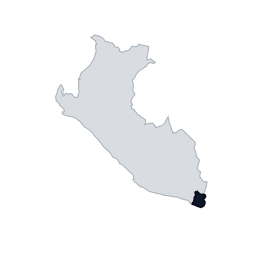 where Tacna sits in Peru, rotated 341°
{"feature_id": "PER-575", "entity_name": "Tacna", "entity_type": "Department", "adm_level": 1, "iso_a3": "PER", "parent_name": "Peru", "parent_adm1": "", "projection": "natural_earth1", "projection_center": [-70.312, -17.577], "detail": "fine", "context": "in_parent", "style": "filled", "palette": "ink", "viewbox_px": 256, "rotation_deg": 341, "n_neighbors": 0, "source": "natural_earth", "source_scale": "10m", "svg_char_len": 5200}
<svg xmlns="http://www.w3.org/2000/svg" viewBox="0 0 256 256"><g transform="rotate(341 128 128)"><path d="M175.0,74.4L175.0,75.1L174.2,75.4L173.5,74.9L172.5,75.1L171.0,73.5L167.3,73.7L165.7,75.6L163.2,76.0L160.6,76.9L157.5,77.3L152.8,80.3L151.7,81.6L149.6,83.4L147.8,84.0L147.0,89.5L145.3,92.7L144.6,94.5L145.5,97.1L145.5,98.4L144.6,99.5L143.8,99.6L142.2,100.7L139.8,103.2L139.3,105.1L140.1,107.5L139.8,107.8L137.8,108.3L137.9,109.7L137.5,110.2L139.2,112.2L140.1,112.7L140.2,113.2L140.0,113.7L139.6,113.9L139.6,114.3L140.8,115.8L141.7,118.7L143.5,120.2L143.5,121.1L144.0,122.1L145.0,122.8L147.1,125.7L147.1,127.1L144.9,130.2L148.6,130.2L152.6,131.3L153.2,131.8L153.7,133.2L153.7,134.2L154.5,134.9L154.5,136.6L159.8,136.7L163.2,136.2L168.8,131.0L169.7,130.5L169.2,131.7L169.1,132.5L169.4,133.4L168.8,134.7L168.8,147.5L169.8,146.8L171.1,148.0L172.0,148.1L175.1,146.6L178.6,146.9L186.9,163.6L186.2,164.8L186.2,165.6L185.2,166.4L184.2,167.7L184.1,174.4L183.3,176.4L183.7,177.5L184.2,179.6L184.9,180.8L185.1,181.7L185.0,182.0L183.9,182.7L183.8,183.9L181.8,186.3L181.4,187.9L180.6,188.4L180.5,190.2L182.3,193.2L181.1,195.0L180.0,197.6L181.9,203.1L182.7,203.9L183.5,203.8L184.7,204.3L185.3,205.1L183.8,206.2L183.6,206.6L183.7,208.4L182.0,209.8L179.9,213.2L179.3,213.4L178.1,214.5L177.9,215.0L178.1,215.5L179.1,216.5L179.2,217.8L177.6,219.3L176.5,219.5L176.0,219.9L176.5,222.0L176.5,223.0L176.2,224.1L175.4,225.3L173.0,226.6L170.8,226.9L167.2,223.7L166.0,222.4L162.4,219.7L161.8,216.9L160.6,215.5L158.4,214.4L156.6,213.0L155.3,212.3L152.0,209.1L149.0,208.1L143.4,204.8L140.4,203.6L136.5,200.5L134.4,199.7L132.7,198.2L127.6,195.1L126.8,194.1L126.0,192.6L124.9,191.7L123.6,189.6L121.7,188.3L119.9,186.7L117.7,182.3L116.6,181.3L116.5,179.3L115.8,178.3L116.9,177.7L117.5,174.6L117.2,173.0L114.6,168.8L114.0,167.1L112.2,163.9L111.5,162.0L109.9,160.6L109.3,159.4L108.5,158.9L108.4,157.4L107.8,154.6L107.0,153.2L104.0,150.5L103.6,147.6L103.0,145.6L98.7,137.6L96.3,129.8L94.2,125.5L93.4,123.0L93.3,121.7L91.8,119.4L90.9,117.3L87.5,113.2L85.5,108.7L85.3,107.4L83.9,104.9L81.7,101.7L80.6,100.4L74.1,96.5L71.0,94.0L70.6,92.8L70.8,92.1L71.5,91.4L72.4,91.9L73.0,91.7L73.4,90.8L73.4,89.5L72.8,87.8L70.7,84.4L71.3,82.9L69.1,79.1L69.6,75.3L70.1,74.4L73.2,70.6L74.1,68.9L75.5,67.9L76.8,66.4L78.5,65.2L79.0,65.6L79.5,67.7L79.4,69.0L79.9,70.5L78.7,71.9L77.5,71.6L77.0,71.9L76.8,72.6L77.0,73.6L77.3,74.1L78.3,74.1L77.0,76.1L77.1,76.5L78.0,76.8L78.8,76.3L79.7,75.2L80.3,75.0L83.5,77.0L84.9,76.7L86.1,77.7L86.2,79.1L87.8,81.8L90.2,82.5L90.6,82.3L91.1,81.3L91.7,81.1L91.8,79.5L93.8,77.9L94.1,76.8L93.8,76.0L93.9,75.4L95.1,71.7L95.4,71.3L95.8,70.1L96.3,69.4L97.0,65.3L97.5,65.4L98.1,66.3L98.7,66.1L98.4,65.2L98.5,64.8L100.7,61.6L101.5,60.9L112.5,56.3L118.0,51.7L122.8,45.2L124.3,38.7L124.9,39.1L125.8,39.0L125.5,36.3L125.7,35.1L125.7,34.7L124.1,33.1L123.5,31.4L122.2,30.4L122.3,30.0L123.7,30.4L124.9,30.2L126.0,29.1L126.8,29.2L128.6,30.7L130.0,30.8L130.4,31.9L131.7,32.7L133.5,35.0L134.4,37.4L134.3,37.9L135.1,39.2L136.9,39.8L138.7,41.6L140.6,42.2L141.4,43.8L141.9,44.3L142.1,45.3L141.9,46.4L142.1,47.0L143.5,47.9L144.7,48.0L144.9,48.4L145.6,51.1L145.1,52.5L145.3,53.3L146.9,53.9L147.3,54.5L148.5,54.6L150.3,54.1L152.4,54.9L154.0,54.6L154.8,54.4L155.6,53.8L156.2,53.8L157.9,52.1L158.4,51.9L160.2,52.7L161.7,53.9L163.6,53.6L164.3,52.9L165.7,52.5L168.1,54.0L168.7,54.6L169.4,54.8L172.0,56.2L172.4,56.8L173.8,57.4L174.1,57.8L174.0,58.4L167.9,69.5L169.8,70.4L171.6,69.8L172.5,70.6L173.2,72.4L174.6,73.6L175.0,74.4Z" fill="#d9dde1" stroke="#a8b0b8" stroke-width="1"/><path d="M179.2,217.8L178.0,219.1L177.6,219.4L177.2,219.5L176.7,219.4L176.4,219.4L176.1,219.8L176.0,220.2L176.1,220.6L176.3,221.0L176.3,221.4L176.4,221.7L176.4,221.9L176.6,222.3L176.7,222.5L176.7,222.9L176.1,224.3L175.9,224.7L175.7,224.9L175.4,225.2L175.0,225.8L174.8,226.0L174.6,226.1L174.3,226.1L174.1,226.2L173.4,226.6L173.2,226.6L172.7,226.7L171.8,226.6L171.3,226.6L171.1,226.8L170.8,226.5L170.4,226.2L169.8,225.8L169.5,225.5L169.2,225.3L168.9,225.1L168.4,224.9L167.9,224.4L167.9,224.2L167.7,224.1L167.1,223.5L166.9,223.4L166.6,223.3L166.5,223.2L166.4,222.8L166.3,222.5L166.2,222.4L165.6,222.0L165.4,221.9L164.9,221.7L164.7,221.7L164.2,221.2L163.9,220.9L164.0,220.7L164.1,220.4L164.2,220.2L164.3,220.1L164.7,219.8L165.0,219.5L165.8,219.2L166.0,219.1L166.3,218.9L166.4,218.3L166.5,218.2L167.0,217.7L167.2,217.3L167.3,217.1L167.3,216.9L167.4,216.4L167.8,215.8L168.0,215.5L168.1,215.3L168.2,215.1L168.4,214.9L168.5,214.8L168.7,214.7L169.2,214.5L169.9,213.5L170.2,213.1L170.3,212.9L170.3,212.7L170.2,212.3L170.2,212.2L170.2,211.8L170.2,211.6L170.3,211.3L170.4,211.2L170.4,210.9L170.5,210.8L170.7,210.5L170.9,210.3L171.1,210.3L171.4,210.3L171.6,210.5L171.8,210.7L172.0,211.3L172.2,211.5L172.3,211.6L172.5,211.6L172.8,211.4L173.0,210.9L173.2,211.4L173.8,212.4L174.3,213.5L174.5,213.8L174.8,213.9L175.0,214.1L175.3,214.4L175.5,214.6L175.8,214.7L176.1,214.9L176.2,215.0L176.3,215.0L176.4,214.9L176.5,214.9L176.8,214.9L176.9,215.2L177.1,215.4L177.1,215.5L177.3,215.5L177.6,215.5L177.7,215.4L177.8,215.4L178.2,215.5L178.4,215.5L178.8,215.9L178.9,216.1L179.1,216.3L179.2,216.6L179.2,217.0L179.2,217.8L179.2,217.8Z" fill="#0f172a" stroke="#020617" stroke-width="1.5"/></g></svg>